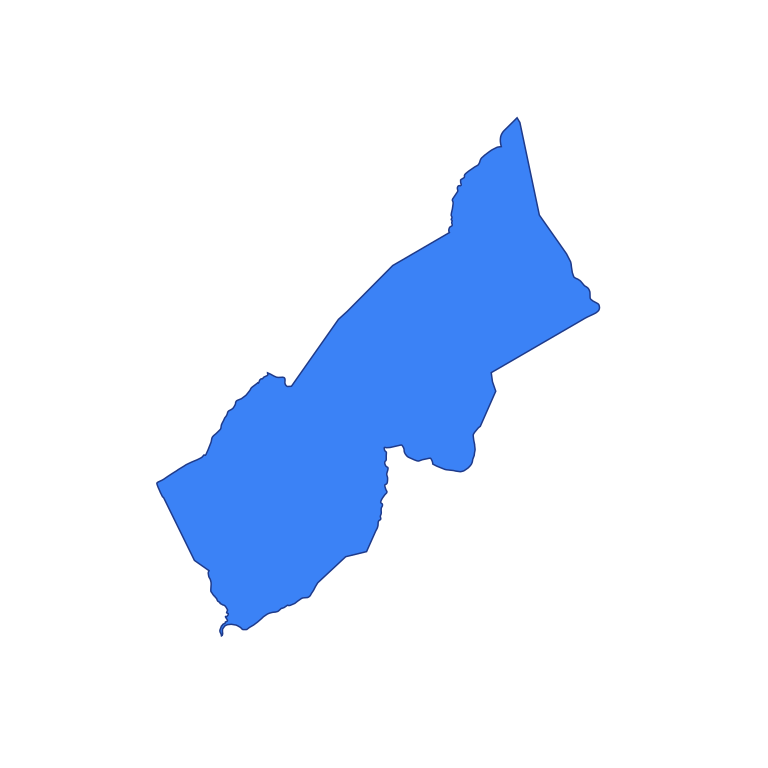 Ocotepeque, Ocotepeque, Honduras, rotated 116°
{"feature_id": "27666195B53241292174391", "entity_name": "Ocotepeque", "entity_type": "district", "adm_level": 2, "iso_a3": "HND", "parent_name": "Honduras", "parent_adm1": "Ocotepeque", "projection": "mercator", "projection_center": [-89.221, 14.418], "detail": "fine", "context": "isolated", "style": "filled", "palette": "blue", "viewbox_px": 768, "rotation_deg": 116, "n_neighbors": 0, "source": "geoboundaries", "source_scale": "gbopen_adm2", "svg_char_len": 6168}
<svg xmlns="http://www.w3.org/2000/svg" viewBox="0 0 768 768"><g transform="rotate(116 384 384)"><path d="M89.4,376.5L86.4,381.1L103.8,387.2L105.3,387.6L107.1,387.8L108.7,387.8L110.3,387.6L111.7,387.2L113.3,386.6L114.9,385.8L116.3,384.9L117.7,383.9L119.2,382.6L120.5,384.6L121.4,385.9L122.1,386.5L125.0,388.7L126.5,389.8L129.0,391.2L134.1,393.8L137.8,395.3L139.1,395.6L140.5,395.6L143.1,395.2L145.5,395.3L146.7,395.9L149.1,397.6L152.5,399.5L155.3,401.1L157.6,402.2L159.5,403.0L160.6,403.2L161.4,403.1L162.5,402.5L163.2,402.4L163.6,402.6L166.3,404.3L167.0,404.6L167.7,404.3L169.0,403.6L169.6,403.2L170.6,402.2L171.1,401.9L171.4,401.8L171.9,402.0L172.3,402.2L172.7,403.3L173.1,403.8L173.6,404.1L174.1,404.2L174.9,404.2L175.7,404.0L176.5,403.5L177.6,402.6L178.2,402.3L178.8,402.2L187.4,403.4L188.4,403.3L189.1,403.0L189.8,402.1L190.5,401.5L191.7,400.9L196.7,399.3L200.9,398.3L202.7,397.7L203.1,397.4L203.8,396.5L204.4,396.0L205.1,395.7L206.2,395.8L206.6,395.7L207.0,395.3L207.1,394.6L207.3,394.3L207.7,394.1L208.6,394.1L209.3,393.9L209.7,393.6L210.5,392.8L211.1,392.4L211.8,392.3L212.3,392.4L212.8,392.7L213.5,393.3L214.3,393.6L215.0,393.7L215.9,393.6L216.8,393.4L217.8,393.0L218.6,392.4L219.2,391.6L273.7,428.1L334.9,448.9L345.9,453.3L426.6,466.2L428.4,469.4L428.6,469.9L428.6,470.3L428.3,471.4L427.7,472.4L426.7,473.4L426.0,473.8L424.2,474.5L422.9,475.2L422.4,475.8L422.1,476.3L422.1,477.0L422.3,478.0L424.4,481.8L424.7,482.7L425.0,483.5L425.1,486.5L424.9,490.3L425.0,493.6L425.4,493.4L426.1,492.7L426.5,492.5L427.0,492.5L427.4,492.5L430.5,495.0L431.1,495.2L432.5,495.5L432.9,496.0L433.2,496.7L434.5,497.3L435.1,497.4L437.3,497.2L437.9,497.2L438.3,497.3L438.3,498.1L438.8,498.2L444.3,501.0L445.2,501.4L446.3,501.7L448.4,501.7L452.4,502.6L454.3,503.0L455.6,503.6L459.7,505.7L462.8,508.5L463.5,509.0L464.3,509.3L465.5,509.3L466.9,508.8L468.3,508.7L470.2,508.8L471.4,509.0L472.1,509.1L473.8,510.0L476.1,511.7L477.2,512.1L478.0,512.1L479.5,511.8L481.0,511.7L482.2,511.8L484.4,512.3L487.2,512.2L490.2,512.3L492.2,512.2L495.3,511.2L496.5,511.2L497.1,511.4L502.2,513.2L505.1,514.5L506.5,514.9L507.4,515.0L508.8,514.8L511.3,514.1L512.4,513.9L520.1,513.3L525.7,513.1L526.4,513.4L526.7,514.7L529.8,515.6L531.4,516.7L534.0,518.7L538.4,522.6L543.3,526.5L545.5,527.8L551.1,531.4L552.8,532.3L557.1,535.0L562.3,538.1L565.9,540.1L567.7,541.3L571.3,544.2L572.6,544.7L573.2,544.4L574.0,543.7L576.0,541.6L578.5,538.6L579.4,537.6L582.4,533.7L582.8,532.2L625.7,477.0L628.5,459.4L630.2,459.4L631.2,459.0L633.6,457.3L634.4,456.5L635.6,454.7L636.4,453.9L638.1,452.5L639.7,451.6L643.1,450.2L645.2,449.3L646.1,448.8L646.5,448.4L647.4,446.7L648.4,445.1L648.6,444.4L648.9,444.0L649.0,443.7L649.0,443.0L649.8,441.9L650.1,440.5L651.2,439.4L652.0,438.3L652.4,435.6L653.0,435.2L653.1,434.7L653.1,433.2L653.2,432.4L653.2,431.9L653.0,431.2L653.0,430.3L653.2,429.5L654.0,427.9L655.7,425.5L658.1,425.3L658.6,425.2L658.7,424.8L658.6,423.5L658.7,423.3L659.1,423.1L659.7,422.9L660.5,423.0L662.1,423.4L662.2,423.5L662.2,424.0L662.3,424.4L662.6,424.5L663.0,424.2L663.2,423.9L664.8,421.2L665.0,421.1L665.5,421.0L666.2,421.1L667.3,422.1L667.5,422.2L668.1,422.0L668.7,422.1L669.4,422.5L670.3,423.3L671.4,423.6L672.1,423.6L672.7,424.0L677.0,423.6L677.4,423.5L678.6,422.8L680.3,420.7L681.6,419.7L680.8,419.2L679.6,419.4L678.8,419.7L677.6,420.5L676.6,421.0L675.5,421.5L674.7,421.6L673.3,421.4L671.3,421.0L670.6,420.6L669.8,420.0L668.8,419.0L666.9,415.9L665.5,411.2L665.5,409.4L665.7,406.3L665.9,405.7L666.4,404.6L666.6,403.5L666.5,403.0L665.6,401.1L664.8,399.7L661.9,398.3L657.7,395.5L653.4,393.3L648.5,391.2L646.0,390.3L641.8,387.9L640.3,386.6L638.7,384.8L637.9,383.8L636.5,381.5L635.1,379.9L634.4,379.4L630.9,378.0L630.6,377.8L630.0,377.0L628.6,375.7L625.4,373.9L625.0,373.5L624.9,372.4L624.1,371.3L620.3,368.0L617.2,366.5L613.9,364.7L612.6,363.9L612.0,363.3L611.4,362.5L609.5,359.2L608.6,358.4L607.2,357.7L606.3,357.5L604.1,357.4L600.5,356.9L596.0,356.8L591.7,356.4L556.0,342.7L542.3,326.2L519.6,327.0L518.1,326.9L516.2,326.9L515.0,327.1L513.7,327.4L510.9,328.6L509.8,328.8L508.8,328.6L507.6,327.8L506.8,327.7L506.0,328.1L505.2,328.9L504.8,329.2L503.7,329.5L502.1,329.6L500.9,330.0L498.6,331.3L497.4,331.8L496.4,332.1L494.4,332.0L493.4,332.3L492.8,332.7L492.5,333.1L492.4,333.6L492.3,334.3L492.1,334.7L491.8,335.1L491.3,335.3L489.5,335.5L487.3,335.4L483.2,334.7L480.8,333.9L479.8,334.0L479.3,334.3L478.4,335.6L477.6,336.5L475.8,338.2L474.9,338.8L474.5,338.9L474.0,338.9L473.7,338.7L473.0,338.1L472.2,337.8L471.6,337.8L470.6,338.0L468.7,338.7L466.8,339.6L465.7,340.5L464.6,341.6L463.9,342.0L463.2,342.3L460.0,342.8L458.8,343.1L457.8,343.5L457.5,343.8L457.3,344.1L457.2,345.5L456.9,346.5L456.1,347.5L455.1,348.5L454.3,348.9L453.5,349.1L453.0,349.1L451.9,348.7L451.0,348.8L447.6,350.5L444.7,351.7L444.3,352.0L444.1,352.3L443.7,353.7L443.2,354.5L441.9,355.5L441.3,355.8L440.9,355.8L440.5,355.2L440.3,354.3L440.1,353.7L438.4,350.7L431.8,342.5L431.3,341.8L431.2,341.4L431.2,340.9L431.6,340.2L432.7,338.5L433.8,337.4L435.7,336.3L436.5,335.6L437.5,334.3L438.4,332.6L438.9,331.3L439.1,330.0L439.0,326.7L438.9,323.5L438.6,320.6L438.2,319.4L437.8,318.8L435.3,316.4L433.9,314.6L431.0,310.9L430.4,309.9L430.4,309.4L430.6,309.0L431.8,307.3L433.0,306.1L434.6,305.0L434.7,300.6L434.1,292.1L433.8,290.6L431.3,283.6L430.8,281.3L429.4,277.0L428.7,276.0L427.4,274.5L426.5,273.8L422.6,271.6L420.2,270.8L418.4,270.4L417.3,270.3L415.8,270.4L414.5,270.7L412.9,271.2L408.7,271.6L406.1,272.5L403.8,273.1L402.8,273.5L401.2,274.5L399.8,275.4L398.7,276.0L395.2,278.7L392.1,280.7L390.9,281.4L390.0,281.6L387.9,281.4L382.5,280.1L381.6,279.8L379.8,278.9L341.5,280.4L334.4,287.5L326.8,292.6L236.7,232.1L234.4,230.4L229.2,226.2L227.3,224.8L226.4,224.3L225.2,223.8L224.2,223.4L223.5,223.3L222.1,223.4L220.8,223.8L219.4,224.8L218.6,225.6L218.4,225.9L218.1,226.7L218.0,227.7L217.8,232.6L217.6,233.4L217.3,235.0L216.8,236.0L215.9,236.7L212.6,238.4L211.0,239.3L209.6,240.7L208.6,242.2L208.3,243.0L208.0,244.5L207.8,246.9L205.4,252.3L205.1,253.4L204.8,255.9L204.9,257.5L204.9,258.4L204.7,259.8L204.4,260.5L201.4,263.5L196.7,266.8L194.3,268.3L192.4,269.8L187.0,277.0L164.1,318.4L89.4,376.5Z" fill="#3b82f6" stroke="#1e3a8a" stroke-width="1.5"/></g></svg>